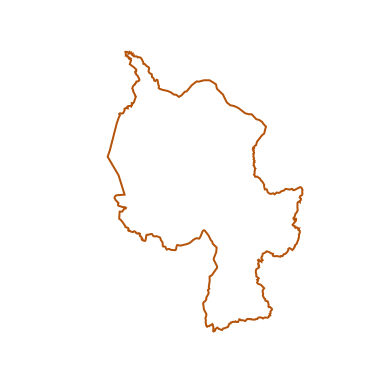 Sanxay, Attapu, Laos (orthographic projection), rotated 35°
{"feature_id": "54806243B69269956902772", "entity_name": "Sanxay", "entity_type": "district", "adm_level": 2, "iso_a3": "LAO", "parent_name": "Laos", "parent_adm1": "Attapu", "projection": "orthographic", "projection_center": [107.296, 15.037], "detail": "fine", "context": "isolated", "style": "outline", "palette": "amber", "viewbox_px": 384, "rotation_deg": 35, "n_neighbors": 0, "source": "geoboundaries", "source_scale": "gbopen_adm2", "svg_char_len": 6045}
<svg xmlns="http://www.w3.org/2000/svg" viewBox="0 0 384 384"><g transform="rotate(35 192 192)"><path d="M132.4,98.7L130.6,104.5L129.9,112.7L128.6,114.0L128.0,118.8L126.7,121.6L123.6,121.4L121.0,122.6L117.5,122.5L114.1,123.2L109.0,125.3L106.0,126.1L105.1,126.0L104.1,124.1L102.9,123.4L99.5,120.1L98.6,120.4L98.2,122.2L97.2,122.4L95.5,121.0L94.7,120.7L93.6,120.9L91.4,118.6L89.5,118.9L88.2,118.7L87.2,118.1L85.9,115.2L85.1,114.7L82.5,114.8L79.8,114.3L78.6,114.9L77.8,113.8L75.0,112.2L72.9,111.4L70.7,112.2L70.3,112.9L69.0,112.6L66.8,114.1L66.1,113.5L65.9,114.1L64.9,114.1L64.2,112.8L63.6,113.7L62.8,113.0L62.0,113.7L61.8,112.8L60.9,113.5L60.6,114.8L60.1,113.7L59.8,114.4L58.3,114.5L57.1,115.4L59.1,117.4L59.9,117.6L59.8,118.2L60.9,117.8L61.3,118.2L62.2,117.7L63.1,118.3L63.8,117.9L65.4,117.8L65.5,118.4L65.0,118.9L66.5,118.9L67.7,123.0L72.1,123.1L76.0,123.6L76.6,124.3L76.5,125.7L77.0,125.7L76.8,126.4L77.2,127.0L78.2,127.1L79.2,127.9L80.4,127.9L81.8,128.5L84.4,130.1L84.8,130.9L84.2,132.5L83.1,133.3L83.5,134.7L83.2,136.0L83.6,136.6L83.1,137.8L83.0,139.3L83.7,141.5L85.5,142.3L85.9,143.2L89.4,145.0L90.3,145.9L91.2,145.9L92.9,151.6L92.9,153.2L91.7,153.7L93.1,155.4L92.6,156.0L93.0,156.9L92.1,157.0L90.5,158.1L90.1,159.6L90.5,160.1L91.3,160.0L91.5,160.3L89.5,161.3L89.0,162.7L89.9,163.6L90.4,166.9L89.5,168.0L87.9,168.8L87.6,169.9L89.0,170.6L89.1,172.2L90.9,178.7L100.7,204.7L102.7,211.5L122.2,220.4L138.3,232.8L131.9,238.1L131.5,239.8L131.6,240.7L132.2,241.5L133.9,242.3L138.2,243.3L138.4,244.5L139.5,245.5L143.8,244.1L146.0,242.8L147.1,242.9L147.1,243.6L146.0,244.8L146.1,248.0L144.0,249.6L147.4,255.2L147.9,255.7L149.5,255.7L151.9,256.3L156.9,258.2L157.5,258.9L160.2,258.1L161.5,258.9L161.6,259.9L162.3,260.2L162.7,260.1L162.7,259.5L165.1,259.4L166.1,258.9L166.8,258.4L167.0,257.5L167.4,257.2L168.0,257.1L169.4,257.3L169.6,257.6L170.6,257.6L171.8,257.0L171.7,256.5L172.2,256.1L173.3,256.1L174.4,257.8L175.1,258.0L175.6,257.7L176.9,258.1L177.4,259.2L178.4,259.7L178.7,259.1L179.7,259.8L181.6,259.0L181.5,257.9L179.4,253.5L179.8,252.6L180.5,252.4L182.1,250.3L183.4,249.4L185.8,250.3L187.5,249.4L188.3,248.5L191.7,247.6L192.8,248.1L193.8,249.1L196.8,250.2L199.2,253.1L199.7,253.2L201.3,252.2L201.9,252.2L203.1,253.2L204.4,253.6L205.3,252.2L206.3,251.6L207.1,251.7L208.4,251.2L211.0,249.7L211.8,249.1L211.7,247.9L210.6,245.6L210.3,243.9L213.4,242.5L218.1,237.1L219.6,234.5L220.5,230.5L221.7,227.9L222.6,227.0L224.2,226.4L224.7,225.9L224.5,223.6L223.2,218.0L223.4,216.9L223.9,216.4L224.7,216.3L230.7,218.2L234.5,220.4L237.0,221.1L238.7,222.5L244.0,223.3L246.4,227.5L247.8,233.4L248.5,234.9L253.7,237.7L255.3,238.7L256.0,239.8L256.0,248.9L255.0,250.7L255.0,251.4L257.4,254.5L260.2,260.2L261.7,261.3L261.2,263.1L263.3,264.8L263.8,265.7L264.3,270.3L265.4,271.9L265.4,274.0L264.8,275.2L265.0,276.9L269.2,281.4L273.7,283.7L274.6,285.0L275.2,287.3L275.8,288.2L276.9,289.1L278.0,291.0L280.7,293.6L281.7,293.7L281.9,292.8L283.1,292.0L283.3,290.8L284.2,289.7L284.3,288.6L285.0,288.7L286.9,290.3L288.8,293.0L289.1,293.8L289.6,293.9L290.4,292.3L289.8,290.7L290.6,288.5L292.5,288.8L295.8,287.8L295.8,285.9L296.6,285.2L298.9,281.8L298.1,278.8L298.5,277.9L299.0,277.5L298.8,276.3L299.4,275.9L299.8,275.0L301.5,273.9L301.8,273.0L303.0,273.0L304.3,272.0L303.8,269.1L305.3,268.8L305.7,269.0L307.5,267.7L309.6,267.2L310.1,264.3L311.7,263.1L312.5,263.1L313.3,262.1L314.5,262.0L316.6,260.5L317.2,259.9L317.3,259.2L318.3,258.5L318.4,256.9L319.7,255.6L321.5,254.9L322.7,254.9L323.3,253.5L324.5,252.4L326.2,251.5L326.5,250.3L326.1,249.4L326.9,248.2L325.5,247.3L325.9,246.3L324.8,244.9L324.9,242.3L323.8,241.6L321.8,241.5L320.9,242.3L320.0,241.6L319.4,240.3L316.9,238.2L314.4,238.9L313.2,237.6L312.1,237.7L309.4,236.2L308.6,234.4L307.2,233.4L306.3,231.8L306.3,229.4L301.4,228.5L299.2,229.3L298.1,229.3L297.2,228.8L297.0,227.2L295.9,226.6L296.5,226.1L296.1,225.6L296.2,224.4L293.0,224.2L291.8,222.4L290.7,221.7L289.3,219.6L289.0,218.3L289.9,216.3L290.1,215.0L289.2,214.7L289.0,213.7L288.6,213.4L288.2,213.5L287.3,213.0L287.2,211.9L286.6,210.7L285.2,210.1L285.3,209.2L285.6,209.1L288.9,209.3L288.4,208.5L289.0,207.3L286.8,206.5L286.3,205.5L286.4,204.6L285.4,202.0L287.2,198.6L287.1,197.9L289.2,197.0L292.1,196.8L293.9,196.2L294.3,197.4L295.1,197.8L296.7,197.2L297.9,196.0L301.5,194.3L301.5,193.5L302.9,192.6L302.8,190.4L303.8,189.5L304.4,187.1L304.3,184.5L303.5,183.4L303.8,182.4L304.3,181.9L307.6,181.9L307.7,179.2L307.3,178.1L307.6,177.6L306.9,176.6L307.5,174.1L306.9,172.6L306.4,169.9L305.9,169.3L305.9,168.6L304.5,165.9L304.0,165.7L303.7,163.6L302.6,162.0L301.2,162.1L300.7,160.5L300.0,161.2L299.6,160.8L298.2,160.8L297.7,161.9L297.2,162.0L296.8,161.6L296.2,161.7L295.7,161.0L293.7,161.5L293.2,161.2L293.6,156.0L293.1,154.8L292.5,154.3L291.8,154.9L291.6,156.1L290.4,155.7L290.1,155.3L290.2,153.3L289.2,150.4L289.5,149.2L289.1,146.4L287.0,143.9L284.6,140.3L284.8,138.9L285.4,138.4L286.2,138.4L285.5,137.4L285.8,136.3L285.2,135.0L283.3,134.7L283.0,133.0L283.8,131.7L283.9,130.9L281.6,127.7L281.2,126.7L280.4,126.5L279.3,125.7L277.7,126.0L274.6,132.0L273.5,132.4L272.7,132.0L271.8,132.3L270.6,134.0L267.0,135.7L266.7,136.4L266.5,138.0L264.8,140.0L264.2,142.3L263.4,143.1L261.7,143.8L261.0,146.5L259.2,146.5L257.7,148.4L255.8,148.9L254.3,148.8L251.7,147.0L251.3,147.1L250.2,148.1L247.8,146.0L247.0,144.7L243.7,143.2L242.1,143.0L239.7,142.0L236.4,142.1L235.7,143.0L234.8,143.2L233.9,142.4L232.9,142.3L232.5,140.6L231.3,139.2L231.2,138.4L230.4,137.1L230.5,136.4L229.1,136.1L228.3,135.1L227.2,135.0L226.9,134.1L225.9,132.7L226.2,131.8L225.2,131.3L225.2,130.4L223.8,130.0L223.4,128.6L222.1,128.0L221.3,126.4L220.4,125.8L220.6,124.7L220.2,124.1L219.1,123.6L218.9,122.7L217.7,122.5L217.9,121.1L216.9,121.2L216.6,120.3L217.2,119.6L216.9,118.2L217.6,116.9L216.4,113.5L216.8,105.4L217.6,102.7L215.6,97.6L215.2,96.1L211.3,95.2L209.4,94.4L205.9,94.4L202.8,95.5L196.4,94.1L193.9,95.7L190.5,97.0L181.8,96.6L177.2,97.4L173.5,99.0L169.0,98.6L161.4,94.4L153.1,93.1L150.0,90.1L146.9,90.1L142.3,90.4L137.7,93.6L134.3,97.7L132.4,98.7Z" fill="none" stroke="#b45309" stroke-width="2"/></g></svg>